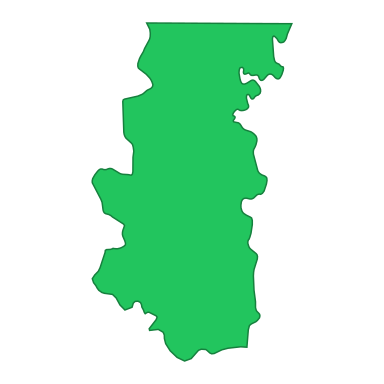 an SVG outline of Bafatá
{"feature_id": "GNB-776", "entity_name": "Bafatá", "entity_type": "Region", "adm_level": 1, "iso_a3": "GNB", "parent_name": "Guinea-Bissau", "parent_adm1": "", "projection": "robinson", "projection_center": [-14.664, 12.138], "detail": "fine", "context": "isolated", "style": "filled", "palette": "green", "viewbox_px": 384, "rotation_deg": 0, "n_neighbors": 0, "source": "natural_earth", "source_scale": "10m", "svg_char_len": 4344}
<svg xmlns="http://www.w3.org/2000/svg" viewBox="0 0 384 384"><path d="M146.7,23.0L168.8,23.1L266.0,23.6L291.8,23.7L287.4,34.0L286.2,38.4L285.0,40.5L283.7,42.0L282.2,42.5L280.7,42.7L279.5,42.3L278.5,41.3L277.0,38.7L275.0,36.7L273.9,36.0L272.9,36.6L272.4,38.8L273.7,56.6L274.6,60.7L275.3,62.0L276.4,63.0L279.1,64.2L280.9,66.2L282.0,66.7L283.0,66.8L283.5,68.1L283.2,70.4L281.8,74.6L280.7,76.7L279.7,78.2L279.1,78.6L278.7,78.8L277.9,78.9L276.6,78.6L276.1,78.3L275.2,77.6L273.4,75.6L272.3,74.7L271.0,74.1L269.4,74.1L268.1,74.7L267.1,75.6L263.9,79.3L263.1,79.9L261.9,80.4L260.8,80.3L260.0,79.6L259.5,79.0L258.5,76.2L257.6,75.3L256.3,74.9L253.2,75.4L251.7,75.4L250.5,74.9L249.7,73.8L248.9,73.1L248.3,73.0L246.1,73.9L244.8,74.2L243.7,73.6L243.4,72.2L243.7,70.2L243.6,68.6L242.4,67.4L241.0,67.5L239.8,68.1L239.2,70.2L239.0,73.0L239.9,78.5L240.7,81.4L241.8,83.4L243.0,84.0L244.5,84.1L245.9,83.6L247.2,83.0L251.0,80.6L252.2,80.1L253.5,80.2L254.7,80.8L255.7,81.8L259.3,86.4L260.0,87.9L260.5,89.4L260.6,91.3L260.1,93.2L258.4,94.9L257.0,95.4L255.6,96.1L254.6,97.1L253.8,98.3L252.8,99.0L251.7,98.9L250.8,98.0L249.5,95.5L248.8,94.7L248.1,94.4L247.1,94.7L246.5,96.0L246.4,98.1L247.7,103.5L248.4,105.1L248.6,106.2L248.5,107.2L247.5,108.6L246.2,109.5L244.7,110.1L243.0,110.5L241.4,110.6L240.0,110.4L237.9,109.2L236.8,109.4L235.8,110.1L234.8,111.1L233.9,112.2L233.1,113.5L232.8,114.7L233.1,115.7L234.4,116.2L235.1,117.1L234.7,118.5L234.0,119.5L233.5,120.1L233.3,120.5L233.3,121.2L233.8,121.9L238.3,122.8L239.6,123.6L240.5,124.7L242.1,127.3L243.0,128.4L244.1,129.3L245.4,130.0L250.1,131.5L251.3,132.0L253.6,133.6L255.7,135.7L256.4,137.0L256.9,138.8L256.9,140.9L256.0,144.6L255.2,146.6L253.6,149.7L253.3,151.6L253.4,154.1L257.7,170.4L258.1,171.4L258.7,172.3L259.5,173.3L260.6,174.1L261.9,174.9L264.7,176.0L265.9,176.8L266.8,178.0L267.0,180.5L266.4,184.1L264.1,191.0L262.4,193.3L260.7,194.3L259.3,194.1L257.9,194.4L256.7,195.1L253.8,197.9L252.6,198.6L251.3,199.0L250.0,199.0L246.6,198.2L245.0,198.2L243.6,198.6L242.3,199.8L241.4,201.7L240.9,205.2L241.0,207.9L241.9,210.9L242.9,212.6L244.1,213.7L246.4,215.2L250.5,217.2L251.6,218.0L252.3,220.4L252.3,224.6L251.0,233.2L249.9,237.0L249.0,239.3L248.4,239.9L247.9,241.3L247.8,243.2L248.7,246.2L249.4,247.7L250.5,249.0L256.1,253.6L257.0,254.7L257.5,256.5L257.3,259.0L254.0,269.6L253.6,272.3L253.4,275.9L254.0,290.2L255.5,301.7L255.5,307.5L256.0,309.6L256.7,311.2L258.7,313.2L259.6,314.3L259.9,315.9L259.5,317.8L257.4,320.4L255.9,321.7L251.4,323.9L250.3,324.8L249.4,325.6L248.3,329.8L246.9,347.2L240.7,346.8L228.1,348.2L221.9,349.8L214.2,353.5L211.7,353.8L209.9,353.0L206.8,350.2L205.8,349.5L201.3,349.2L198.5,350.3L191.2,358.6L184.6,361.0L177.1,357.4L170.2,350.8L165.7,343.7L164.4,338.6L164.3,335.0L163.1,332.2L158.3,329.4L149.6,330.4L149.2,328.7L156.2,319.6L157.1,317.1L156.1,315.8L149.1,312.3L148.0,312.2L146.7,312.7L145.2,313.7L144.4,312.6L143.4,309.9L141.9,307.1L141.5,304.7L140.5,302.5L138.0,301.2L135.1,301.4L133.3,303.1L132.1,307.2L124.9,310.0L120.0,305.0L116.2,298.0L112.5,294.4L104.4,293.3L101.9,292.5L98.8,290.3L97.2,288.1L95.9,285.7L93.6,282.7L92.3,278.7L94.8,274.9L98.3,271.3L100.1,267.6L105.1,252.4L105.3,250.4L106.5,249.6L110.5,249.4L113.3,248.5L113.3,248.4L114.2,248.6L117.3,248.8L120.2,248.1L121.7,247.5L123.0,246.8L124.1,246.1L124.9,245.4L125.3,244.9L125.5,244.0L125.4,242.8L124.8,240.8L122.9,236.4L122.5,234.9L122.4,234.2L122.5,232.1L123.0,230.0L124.0,227.2L124.5,225.6L123.6,224.1L112.5,217.0L111.0,215.7L108.8,214.5L105.7,213.7L104.4,212.9L103.6,211.7L103.1,210.1L102.1,202.4L100.9,199.3L92.3,182.8L92.2,180.9L92.7,178.6L94.8,174.9L97.4,171.5L98.4,170.4L99.5,169.5L100.7,169.0L102.1,169.0L103.5,169.5L105.0,169.7L106.5,169.5L107.9,168.9L109.3,168.5L110.7,168.5L111.7,168.7L112.6,169.1L119.9,173.5L121.3,174.0L122.9,174.3L128.2,174.6L131.2,175.2L132.3,174.3L132.9,171.7L133.0,157.3L133.8,151.2L133.2,147.0L132.5,144.5L131.4,143.1L126.1,138.3L125.3,137.1L124.6,135.7L124.1,134.1L123.8,132.1L122.8,101.4L123.3,99.8L124.6,99.1L137.9,96.1L142.2,94.3L143.4,93.5L146.7,90.6L148.0,89.8L149.4,89.2L150.7,88.5L151.8,87.6L152.6,86.3L152.9,84.7L152.0,82.0L151.2,80.3L150.5,79.1L149.9,78.2L146.2,74.2L139.3,68.9L138.3,67.9L137.8,66.1L137.9,63.5L139.5,58.6L140.8,56.0L143.4,51.6L144.6,48.5L149.0,40.4L149.7,38.8L150.2,36.6L150.3,33.0L149.8,29.3L146.7,23.0Z" fill="#22c55e" stroke="#15803d" stroke-width="1.5"/></svg>